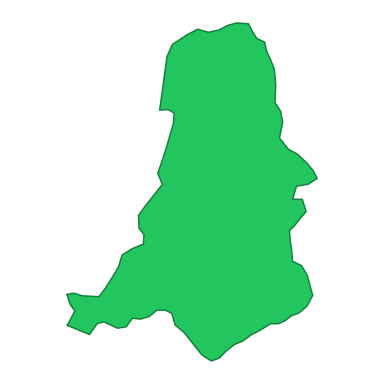 outline of Laurentino, Santa Catarina, Brazil
{"feature_id": "56859067B62662309079841", "entity_name": "Laurentino", "entity_type": "district", "adm_level": 2, "iso_a3": "BRA", "parent_name": "Brazil", "parent_adm1": "Santa Catarina", "projection": "equal_earth", "projection_center": [-49.737, -27.204], "detail": "fine", "context": "isolated", "style": "filled", "palette": "green", "viewbox_px": 384, "rotation_deg": 0, "n_neighbors": 0, "source": "geoboundaries", "source_scale": "gbopen_adm2", "svg_char_len": 1305}
<svg xmlns="http://www.w3.org/2000/svg" viewBox="0 0 384 384"><path d="M299.0,313.0L307.0,306.1L312.7,295.3L310.0,285.5L307.4,275.5L301.6,265.7L292.6,261.3L291.5,249.0L290.2,240.6L289.5,230.6L294.9,225.2L300.6,218.0L306.1,211.7L302.3,199.3L292.6,199.3L296.5,186.2L308.3,184.2L317.1,178.4L313.4,170.9L306.7,162.9L297.3,154.1L288.5,149.4L279.5,138.0L282.7,122.4L280.5,111.0L275.0,102.6L275.7,84.5L274.4,69.6L270.4,59.3L266.4,50.7L264.7,42.1L256.9,38.6L252.2,31.1L248.4,23.7L236.0,23.0L227.0,25.7L218.9,30.0L208.4,32.3L197.7,29.2L186.7,35.0L179.2,40.0L172.4,44.4L167.0,56.7L159.7,110.1L168.5,109.6L174.2,113.3L173.2,124.5L170.8,132.2L167.4,144.3L164.0,155.1L160.7,165.0L157.7,173.2L162.4,184.4L145.3,206.0L138.5,215.4L139.1,228.4L144.0,234.7L143.3,244.1L132.2,248.7L122.1,255.0L118.4,267.1L111.9,277.9L105.3,288.3L98.9,296.7L91.0,296.3L82.4,295.8L74.0,293.2L66.9,294.4L70.2,304.4L74.9,311.0L67.2,325.4L89.5,334.5L97.2,323.7L103.9,321.9L111.4,325.4L117.6,328.2L126.2,326.8L132.4,318.2L140.6,319.1L149.2,316.5L156.9,310.2L165.5,310.2L171.7,313.3L175.2,325.1L184.2,332.6L193.6,344.5L202.1,355.2L211.4,361.0L219.3,358.0L226.6,350.6L234.4,344.5L242.5,341.2L251.1,334.9L257.3,331.7L263.9,327.9L270.7,323.7L278.4,323.7L285.5,320.5L290.8,316.0L299.0,313.0Z" fill="#22c55e" stroke="#15803d" stroke-width="1.5"/></svg>